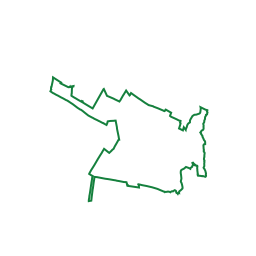 outline of Gheraesti, Neamt, Romania, rotated 234°
{"feature_id": "2599482B79916457112257", "entity_name": "Gheraesti", "entity_type": "district", "adm_level": 2, "iso_a3": "ROU", "parent_name": "Romania", "parent_adm1": "Neamt", "projection": "equal_earth", "projection_center": [26.813, 47.034], "detail": "fine", "context": "isolated", "style": "outline", "palette": "green", "viewbox_px": 256, "rotation_deg": 234, "n_neighbors": 0, "source": "geoboundaries", "source_scale": "gbopen_adm2", "svg_char_len": 5625}
<svg xmlns="http://www.w3.org/2000/svg" viewBox="0 0 256 256"><g transform="rotate(234 128 128)"><path d="M154.5,151.0L153.4,148.7L153.4,148.4L159.4,148.5L157.6,144.2L157.3,143.3L154.9,138.0L154.8,137.7L154.7,137.1L154.5,136.6L159.3,134.0L159.8,133.8L160.2,133.6L165.4,130.5L166.3,129.9L173.8,131.4L173.8,131.0L164.6,110.9L173.3,107.2L175.6,106.3L176.2,107.0L176.9,106.6L176.4,105.9L180.1,104.2L182.5,103.2L184.7,102.2L187.3,101.2L187.5,101.3L187.8,101.5L188.6,102.3L189.0,102.6L189.2,103.0L189.4,103.1L192.6,105.6L193.7,106.7L193.9,107.1L193.9,107.6L193.7,108.1L193.7,108.3L194.0,108.6L194.4,107.7L194.6,107.2L194.9,107.0L195.3,106.7L194.3,107.1L195.2,105.0L195.5,104.7L195.7,104.9L195.7,104.7L195.8,104.1L196.1,103.7L203.7,99.7L204.0,100.6L213.0,97.1L210.6,95.1L206.2,90.2L206.3,89.9L204.8,88.6L204.2,88.5L203.9,87.8L203.3,86.8L200.2,87.9L199.8,88.2L196.9,89.5L195.5,90.3L192.2,91.8L189.9,93.0L187.0,94.3L185.9,95.0L184.7,95.4L184.7,95.5L182.1,96.4L179.8,97.3L173.8,99.1L172.6,99.6L171.4,100.0L170.3,100.7L168.5,101.3L166.2,101.9L161.5,103.2L160.0,103.9L158.2,104.8L157.9,104.9L156.9,105.5L155.2,106.2L152.3,107.8L150.8,108.5L150.4,108.8L148.3,109.8L147.1,110.4L146.6,110.7L146.6,110.8L146.1,111.1L145.6,111.2L143.1,112.4L143.9,113.8L145.3,115.5L144.1,117.8L142.1,120.9L141.6,121.9L141.3,122.1L141.2,122.3L139.7,121.6L135.2,119.5L133.9,118.7L126.4,115.3L125.7,114.9L124.8,114.5L124.3,114.3L123.7,114.0L124.0,113.5L123.9,113.1L122.4,109.9L121.0,106.7L120.6,105.9L119.6,104.1L119.6,103.9L119.6,102.6L119.3,101.3L119.1,99.7L119.0,98.8L118.9,98.2L119.1,98.1L123.4,96.9L125.2,96.4L123.6,92.7L123.4,92.4L122.6,90.3L122.2,89.3L122.0,88.7L121.8,88.4L121.5,87.6L120.4,84.9L120.1,84.4L120.0,83.9L119.8,83.6L117.7,78.8L116.1,74.8L115.4,73.0L115.2,72.7L114.4,70.9L113.7,69.6L111.8,70.3L109.9,71.2L109.3,70.3L108.1,69.1L107.5,68.6L105.2,66.2L104.2,65.3L103.3,64.3L102.7,63.8L102.1,63.2L98.8,60.0L97.2,58.4L96.9,58.1L96.0,57.1L94.8,56.0L94.2,55.5L93.6,54.8L93.1,54.3L92.2,53.5L91.9,53.3L91.1,55.0L90.8,55.6L94.1,58.6L96.0,60.4L99.2,63.4L99.8,64.1L103.9,68.0L108.1,72.2L106.5,74.0L100.4,79.7L98.5,81.7L96.8,83.4L94.5,85.6L92.8,87.3L92.0,87.9L90.3,89.6L87.8,91.9L86.5,93.1L85.7,94.2L85.0,94.9L83.4,94.2L83.3,94.3L81.9,93.6L81.5,94.3L81.1,94.0L78.6,96.6L73.4,101.9L74.3,102.4L74.6,102.7L75.4,103.5L75.6,103.6L76.1,103.2L77.0,102.7L75.3,104.3L73.5,105.8L70.2,108.9L65.8,112.7L62.0,115.6L61.0,116.3L59.1,117.4L58.8,117.6L56.5,119.0L55.3,119.7L55.2,119.8L55.1,120.0L54.5,120.1L54.5,120.3L54.2,120.9L53.8,121.5L53.4,122.2L53.1,123.0L52.0,124.0L51.6,124.3L51.1,124.5L51.2,125.1L51.1,126.0L50.9,126.5L50.6,126.8L50.5,127.0L50.3,127.1L50.3,127.3L50.4,127.5L50.3,127.8L50.3,128.1L50.3,129.0L50.2,129.3L49.3,129.7L48.9,129.8L48.4,129.7L47.9,129.3L47.4,129.2L47.0,129.3L46.8,129.3L46.7,129.2L46.4,129.4L46.0,129.6L45.4,129.6L45.8,130.4L46.1,131.3L45.7,131.4L46.3,131.8L46.5,132.1L46.7,132.8L46.6,133.5L46.7,134.5L47.0,136.4L47.4,136.9L48.6,137.6L50.4,138.4L52.1,139.0L53.0,139.1L53.7,139.3L54.1,139.7L55.5,141.3L56.0,141.7L59.0,143.4L60.6,144.2L61.5,144.9L62.2,145.5L62.6,146.2L62.6,147.2L62.2,149.4L62.4,152.0L59.9,153.7L58.4,154.4L58.9,154.9L58.9,155.6L58.9,156.4L58.9,157.1L59.0,157.2L59.2,157.3L59.3,157.4L59.6,158.2L60.2,159.0L60.3,159.1L60.4,159.3L60.7,159.4L61.3,159.4L61.5,159.6L61.9,159.6L61.9,159.8L61.6,160.3L61.2,160.2L60.7,160.1L60.3,160.3L59.6,160.5L59.1,160.5L58.8,160.7L58.5,160.2L57.3,161.2L57.1,161.2L56.7,161.8L56.3,161.7L54.9,160.4L53.2,159.4L53.0,159.2L52.5,158.9L52.3,158.8L51.5,158.4L50.2,157.6L49.7,157.5L49.6,157.1L49.3,156.9L48.5,156.6L48.3,156.6L48.2,156.9L47.6,157.3L47.1,158.1L46.2,158.9L45.8,159.4L45.4,159.6L45.3,160.1L44.7,160.7L43.3,161.7L43.0,162.0L43.3,162.9L44.0,163.4L44.8,163.7L45.5,164.5L46.6,164.8L47.3,165.2L48.5,165.5L49.9,165.7L50.1,165.8L50.7,165.7L51.0,165.7L51.3,165.8L51.6,165.9L52.1,167.0L52.4,167.4L52.7,167.6L54.3,168.7L54.7,169.0L55.4,169.7L55.7,170.0L56.3,170.1L56.5,170.3L56.8,170.8L57.6,170.9L58.3,171.2L58.6,171.5L59.2,172.1L59.7,172.8L60.0,172.9L60.4,173.3L61.0,173.7L62.5,175.1L62.7,175.3L63.3,175.5L63.6,175.5L64.3,175.4L64.5,175.5L65.1,175.9L65.3,176.1L65.4,176.4L65.5,176.5L65.8,176.5L66.3,176.8L67.1,177.2L68.3,178.0L69.5,178.7L69.8,179.0L70.0,179.5L70.1,180.1L69.8,180.4L69.6,180.7L69.6,181.0L69.8,181.1L70.8,181.8L71.3,182.2L71.9,182.4L72.3,182.5L73.6,182.4L74.5,182.6L75.0,182.8L76.7,183.0L77.5,183.3L77.6,183.5L78.0,183.6L79.4,183.6L80.2,183.6L80.5,183.9L80.9,184.1L81.8,183.8L81.9,184.0L81.9,184.3L82.2,184.9L82.6,186.1L82.5,186.4L82.5,187.0L82.4,187.8L82.7,188.3L83.2,188.9L84.9,190.0L85.0,190.2L85.5,190.6L86.4,191.0L86.9,191.2L87.3,191.5L87.7,192.7L88.2,193.4L88.5,193.5L89.1,194.0L90.1,195.7L90.8,196.1L91.7,197.1L92.0,197.8L92.2,198.6L92.5,198.9L92.8,199.0L92.7,199.4L92.6,199.7L92.6,200.0L92.9,200.4L93.5,200.8L93.7,201.0L93.8,201.4L94.0,201.5L95.0,201.6L95.5,202.5L95.8,202.7L97.2,201.5L102.2,198.9L101.3,198.5L100.2,197.6L98.2,195.7L97.8,195.0L97.7,194.3L98.7,191.0L99.5,189.8L99.7,189.4L99.8,187.2L98.1,183.3L97.4,182.3L96.2,181.5L96.1,181.2L96.2,180.5L96.2,179.5L95.8,178.2L95.0,177.0L94.3,176.2L93.0,174.0L92.6,173.6L94.6,173.6L95.5,173.6L95.8,173.6L93.8,171.0L96.5,169.6L97.6,169.0L99.6,171.7L100.8,173.2L100.9,173.3L101.7,173.2L101.9,173.5L102.8,174.7L103.0,174.6L103.4,174.3L104.0,173.7L106.4,172.5L108.9,171.1L111.7,169.5L111.9,169.4L112.4,169.3L113.1,169.1L115.0,171.9L120.8,169.3L120.8,169.2L120.5,168.6L120.3,168.3L120.2,168.0L120.3,167.3L121.5,166.7L126.5,163.7L130.3,161.2L130.8,161.1L133.6,158.8L134.2,158.4L134.4,158.1L135.4,157.8L138.3,156.6L143.8,154.7L146.0,153.8L147.0,153.5L150.8,152.2L154.5,151.0Z" fill="none" stroke="#15803d" stroke-width="2"/></g></svg>